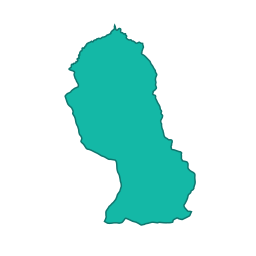 outline of Córdoba, Quindío, Colombia, rotated 75°
{"feature_id": "7082276B37877063835041", "entity_name": "Córdoba", "entity_type": "district", "adm_level": 2, "iso_a3": "COL", "parent_name": "Colombia", "parent_adm1": "Quindío", "projection": "mercator", "projection_center": [-75.669, 4.396], "detail": "fine", "context": "isolated", "style": "filled", "palette": "teal", "viewbox_px": 256, "rotation_deg": 75, "n_neighbors": 0, "source": "geoboundaries", "source_scale": "gbopen_adm2", "svg_char_len": 5705}
<svg xmlns="http://www.w3.org/2000/svg" viewBox="0 0 256 256"><g transform="rotate(75 128 128)"><path d="M225.3,88.4L225.0,88.8L224.5,89.8L224.1,91.3L223.9,91.6L223.2,92.1L221.6,92.9L220.0,93.7L218.7,94.1L217.8,94.1L217.0,93.9L216.7,93.7L215.6,92.4L213.3,90.3L211.2,88.7L208.7,87.4L208.1,86.9L207.6,86.0L207.2,85.1L206.6,84.2L205.3,83.4L204.9,82.9L204.7,82.0L204.4,81.2L203.8,80.4L203.3,80.0L202.4,79.8L199.1,77.7L197.5,77.1L193.4,76.4L190.6,75.5L189.4,75.5L188.0,76.3L186.3,78.1L185.1,79.2L183.6,80.0L182.7,80.4L181.3,80.3L179.3,79.6L177.8,79.3L176.3,79.7L175.4,80.8L174.2,83.2L173.6,84.0L172.4,84.1L171.5,84.4L168.8,83.6L167.0,83.3L166.1,82.7L165.7,82.7L165.1,83.1L164.4,83.8L164.0,84.8L161.2,88.9L160.2,91.0L159.8,91.4L159.3,91.5L158.4,91.3L157.8,91.4L157.1,91.3L155.9,90.4L155.4,90.2L154.6,90.0L154.1,89.8L153.6,89.3L152.7,88.9L151.9,88.7L151.3,88.8L150.9,89.1L150.6,89.5L150.0,91.5L149.7,92.0L148.3,93.0L147.0,94.4L146.5,94.7L145.7,95.0L144.5,95.2L143.2,95.1L142.2,95.0L140.5,95.0L139.4,94.9L137.8,95.2L136.0,95.2L133.9,94.9L132.7,94.5L132.3,94.6L131.8,94.8L131.1,94.8L130.0,94.7L129.3,94.5L126.6,92.1L125.6,91.6L125.1,91.4L124.7,91.4L124.2,91.6L123.5,92.0L123.0,92.2L122.5,92.3L122.1,92.2L121.7,92.0L121.0,91.5L120.6,91.3L120.1,91.3L119.6,91.4L118.8,91.8L118.2,91.9L115.6,91.7L113.6,92.1L112.1,92.6L110.4,93.0L108.9,93.2L106.6,93.7L106.1,93.7L105.5,93.5L104.8,93.2L104.5,93.1L103.8,93.2L103.5,93.4L102.6,94.7L102.1,95.2L101.5,95.3L101.0,95.1L99.9,94.4L99.6,94.3L99.2,94.3L98.2,92.0L97.0,90.4L96.6,90.2L96.1,90.1L94.1,90.3L93.4,90.2L92.7,90.0L91.5,89.3L91.0,89.2L88.8,89.1L88.0,88.9L86.6,88.3L86.0,87.9L85.0,87.1L84.3,86.6L83.7,86.4L83.2,86.4L81.2,87.0L79.6,86.8L79.1,86.9L77.2,87.6L74.8,88.1L71.6,89.3L70.1,89.4L69.2,89.6L63.7,92.6L62.3,93.5L60.4,95.3L59.9,95.6L59.5,95.7L59.1,95.6L58.2,94.8L57.5,94.7L57.1,94.5L56.3,93.8L55.5,93.4L54.0,92.2L53.0,92.1L51.2,92.2L50.6,92.1L50.1,92.0L49.4,93.7L48.1,94.8L48.0,95.1L48.3,96.6L48.4,97.3L48.2,98.1L48.0,98.5L47.4,98.9L46.9,99.1L45.4,100.5L45.3,101.0L45.1,101.4L44.7,101.8L43.6,102.3L43.5,102.5L43.5,103.1L43.3,103.9L42.8,104.8L42.2,105.4L41.2,106.1L40.7,106.3L40.2,106.3L39.9,106.2L39.2,105.6L38.8,105.5L38.4,105.6L37.6,106.2L37.4,106.3L36.6,106.0L36.3,106.1L36.1,106.5L36.1,107.6L35.8,107.9L34.6,108.7L34.4,109.0L34.2,109.6L33.9,110.1L33.6,110.2L33.2,110.3L31.0,109.5L30.6,109.5L30.3,109.6L29.7,110.3L29.6,110.8L29.8,111.5L30.6,112.7L30.7,113.2L30.7,113.5L30.4,113.9L29.7,114.2L28.8,114.3L26.8,114.1L25.5,114.3L26.3,114.8L27.7,115.1L28.4,115.4L29.0,115.8L30.2,118.4L30.5,118.9L31.3,119.8L31.6,120.0L32.2,120.1L32.4,120.4L32.5,121.5L32.8,122.7L32.8,123.9L32.9,124.4L33.5,125.4L33.8,126.5L33.9,127.8L33.7,128.9L33.8,129.5L34.5,131.2L34.4,131.9L33.8,133.1L33.9,134.1L33.9,135.0L34.0,135.3L34.6,135.9L34.6,136.0L34.4,136.8L34.6,138.2L35.0,138.8L35.5,139.3L35.6,139.5L35.6,140.0L34.8,140.7L34.9,141.1L35.5,142.5L35.3,143.2L35.6,144.3L35.7,145.2L35.9,145.7L36.2,146.1L36.6,146.3L36.9,147.0L37.7,147.4L38.0,148.2L38.2,148.5L39.3,149.4L39.5,149.6L39.5,150.1L39.4,150.3L39.0,150.6L38.9,150.7L39.2,151.1L39.2,151.7L39.6,151.8L40.0,151.8L40.9,152.3L41.5,152.8L41.5,153.7L42.5,154.9L43.1,155.1L43.7,155.5L45.1,155.8L45.3,156.2L45.2,156.3L44.8,156.4L44.7,156.5L44.8,156.7L44.9,156.8L45.6,157.0L46.5,156.7L47.1,157.4L47.3,157.4L47.6,157.1L47.8,157.1L47.9,157.3L47.8,157.9L48.1,158.5L47.9,158.9L48.1,159.2L48.4,159.3L48.7,159.1L49.2,158.9L49.8,159.0L50.0,159.1L50.7,159.8L50.8,160.1L50.4,160.6L50.4,160.9L51.1,161.3L51.6,161.7L51.7,161.9L51.7,162.4L51.5,163.5L51.7,164.0L52.2,164.3L52.4,164.5L52.3,164.8L51.9,165.4L52.0,165.9L52.2,166.2L52.5,166.4L54.0,166.9L54.7,167.3L55.4,169.4L55.7,169.6L56.1,169.7L56.4,169.5L57.6,168.0L57.8,167.8L57.9,167.2L58.8,166.2L59.6,165.3L60.5,165.2L62.3,166.2L63.5,166.3L64.9,166.2L66.2,166.2L68.0,165.7L69.5,165.6L71.2,165.1L72.7,164.7L73.3,164.8L74.5,165.0L75.2,165.4L75.4,165.8L75.9,169.3L77.0,172.1L77.4,172.9L78.3,174.0L78.7,175.1L79.0,177.2L79.3,178.1L80.1,179.4L80.6,180.1L80.9,180.4L81.2,180.5L84.0,180.3L86.6,180.2L88.3,180.0L89.6,179.8L91.4,178.9L92.2,178.3L93.6,177.4L94.4,177.1L96.8,176.7L97.8,176.7L99.6,177.6L100.2,177.6L103.3,176.7L105.4,176.5L108.7,176.8L110.4,176.8L111.8,176.6L113.3,176.2L115.5,176.1L116.9,176.1L119.5,176.5L121.1,176.5L122.0,176.4L122.8,175.9L124.2,175.4L125.2,175.3L126.2,175.3L126.9,175.7L127.9,176.4L128.8,176.9L129.3,176.8L130.0,176.5L131.7,175.4L133.3,174.7L136.2,173.8L136.9,173.5L137.5,173.1L137.9,172.6L138.7,171.0L140.1,169.1L143.0,165.9L144.7,163.9L148.0,160.8L149.6,158.4L152.9,155.1L153.4,154.3L153.8,152.8L155.5,149.0L155.8,148.6L156.7,148.2L157.7,148.0L159.1,148.1L160.8,148.4L164.6,149.2L166.2,149.3L167.8,149.3L168.8,149.1L170.5,148.7L171.6,148.6L175.1,148.8L177.6,149.1L179.2,149.0L180.4,149.1L182.5,149.5L186.9,152.2L189.5,155.3L190.2,155.8L191.6,156.6L193.8,158.3L196.1,161.4L196.7,162.7L198.3,165.2L198.9,166.6L199.6,167.2L200.4,168.1L202.4,170.4L203.5,171.1L204.7,171.4L206.8,171.9L208.0,172.0L208.9,172.4L210.1,173.2L212.2,174.9L213.0,174.0L213.9,173.2L214.7,172.2L215.3,170.5L215.7,168.3L215.9,166.3L216.7,163.2L217.6,161.2L217.7,160.4L217.7,158.5L217.4,157.8L217.0,157.1L214.8,154.3L214.6,153.8L214.7,153.3L216.1,151.4L219.3,147.6L221.1,144.5L223.0,142.4L225.0,140.5L225.2,139.9L225.2,138.2L225.3,137.7L225.3,136.8L225.0,136.0L225.2,133.5L225.2,129.6L225.4,128.4L227.2,124.1L227.2,122.4L227.3,121.8L228.5,118.7L229.5,115.6L229.5,115.2L229.9,113.8L230.4,111.6L230.5,109.9L230.5,109.4L230.3,109.0L229.2,108.6L228.8,108.2L228.4,107.7L228.1,106.5L227.8,105.4L227.6,104.2L227.7,103.7L228.0,103.1L228.8,102.4L230.0,100.3L230.2,99.8L230.4,99.1L230.3,98.6L229.6,94.9L228.9,91.8L228.6,91.1L228.2,90.7L226.1,89.1L225.3,88.4Z" fill="#14b8a6" stroke="#0f766e" stroke-width="1.5"/></g></svg>